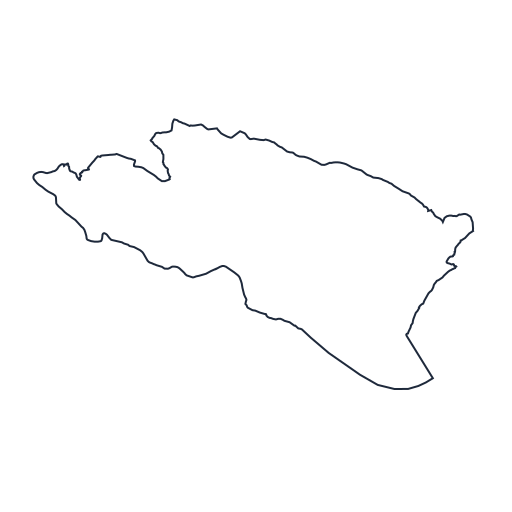 Tota, Boyacá, Colombia, rotated 87°
{"feature_id": "7082276B21893770290746", "entity_name": "Tota", "entity_type": "district", "adm_level": 2, "iso_a3": "COL", "parent_name": "Colombia", "parent_adm1": "Boyacá", "projection": "mercator", "projection_center": [-73.015, 5.476], "detail": "fine", "context": "isolated", "style": "outline", "palette": "slate", "viewbox_px": 512, "rotation_deg": 87, "n_neighbors": 0, "source": "geoboundaries", "source_scale": "gbopen_adm2", "svg_char_len": 6039}
<svg xmlns="http://www.w3.org/2000/svg" viewBox="0 0 512 512"><g transform="rotate(87 256 256)"><path d="M242.4,37.9L241.9,38.1L240.0,37.8L233.6,37.9L230.8,38.9L228.9,39.3L227.9,39.9L225.6,43.1L225.0,44.8L224.9,46.1L225.4,49.6L225.4,50.5L225.2,50.9L226.7,53.5L226.7,54.3L226.4,55.3L226.4,57.0L225.9,58.7L225.8,59.6L225.8,60.9L226.3,63.4L227.8,65.7L231.8,67.6L230.7,68.0L228.4,70.1L226.8,73.0L225.6,74.8L223.4,76.2L222.0,76.8L220.7,78.1L219.3,78.6L220.0,81.7L219.1,81.5L218.4,81.8L216.9,82.6L216.2,83.3L215.8,84.1L215.4,85.6L213.4,86.6L212.3,87.5L211.3,88.9L207.5,93.2L205.9,94.6L203.7,98.1L202.2,99.2L201.5,100.2L199.0,106.3L196.5,109.7L193.2,114.5L190.9,116.9L190.1,118.9L188.9,120.5L186.6,125.4L185.8,126.4L185.1,128.3L184.6,129.7L183.8,134.8L182.2,137.3L181.0,140.2L180.4,141.3L176.4,145.8L175.9,146.6L174.8,150.0L172.8,155.0L169.1,161.1L168.3,163.1L167.1,167.1L166.7,169.7L166.6,173.2L167.0,176.1L166.8,177.5L168.2,181.2L168.6,182.9L168.3,185.8L164.8,191.2L164.0,193.1L162.1,196.2L160.5,199.6L159.4,202.8L158.9,207.4L157.8,209.9L157.1,211.1L154.9,213.4L154.5,214.5L154.2,216.8L153.3,219.5L148.9,224.6L148.2,226.4L146.6,228.8L145.8,229.4L144.5,231.0L143.6,231.8L142.9,234.0L141.4,236.8L140.2,240.3L140.7,242.3L140.2,245.9L138.7,252.0L139.0,255.1L138.8,256.1L136.8,258.1L134.0,259.8L132.8,260.9L130.6,265.4L135.5,272.6L136.4,274.0L136.5,275.3L135.4,278.2L133.2,282.1L131.7,284.4L127.6,287.7L126.5,288.3L127.1,297.0L126.5,298.2L124.4,300.6L122.8,302.2L121.8,304.0L122.5,310.4L122.5,312.8L122.2,314.4L122.7,315.4L120.0,320.5L119.6,322.0L118.5,323.8L117.7,325.9L117.1,326.7L116.3,327.4L115.3,330.5L116.5,331.4L118.7,332.3L119.6,332.6L123.3,333.1L126.2,333.8L127.3,336.3L127.8,339.3L127.7,340.7L127.8,343.1L128.3,344.7L128.3,345.5L127.8,346.9L127.9,348.6L128.1,349.4L129.1,350.4L130.7,351.2L133.0,353.4L133.7,353.7L135.0,355.1L136.0,354.5L136.9,353.2L139.1,352.0L140.7,350.4L140.9,349.6L141.7,348.8L142.8,348.3L143.4,347.1L144.1,346.4L144.7,345.7L146.8,344.5L148.6,344.2L150.1,343.2L154.3,343.4L157.4,344.1L158.1,343.6L159.5,343.6L160.1,343.1L160.7,342.9L162.9,341.4L163.6,340.2L164.7,339.5L165.2,339.4L165.8,339.7L167.1,339.7L168.8,339.4L169.7,338.9L170.9,338.7L171.3,338.3L171.8,338.2L172.4,337.6L173.4,338.3L173.8,338.4L174.7,338.1L175.1,338.7L176.5,343.1L176.3,346.1L173.4,350.0L171.5,351.7L169.7,353.8L165.4,360.1L162.3,363.9L161.4,365.8L160.7,368.9L160.4,371.5L160.0,372.6L159.7,373.1L158.3,373.1L155.1,371.8L154.2,371.8L152.4,375.9L152.0,377.9L151.3,379.8L146.9,389.6L146.8,390.1L147.2,391.2L147.3,394.2L147.3,396.7L147.4,397.7L147.6,404.4L147.8,405.5L148.1,405.9L148.8,406.1L148.9,406.3L148.2,408.7L148.3,408.9L150.9,411.5L152.1,412.4L154.2,414.6L158.9,418.9L159.4,419.2L159.7,419.1L160.3,418.5L160.7,418.3L160.9,418.4L161.4,421.8L161.5,423.3L161.7,424.0L162.5,424.8L162.7,425.3L163.3,425.2L163.7,425.8L163.9,426.7L164.5,427.3L164.9,427.6L165.6,427.6L166.4,426.6L166.7,426.4L167.1,426.5L167.9,427.3L169.2,428.1L170.2,427.7L170.6,427.7L170.8,427.9L170.6,428.6L170.3,428.8L167.5,430.7L165.3,431.2L164.2,431.7L163.5,432.6L163.1,433.7L162.1,435.1L161.8,436.4L161.5,437.0L160.8,437.5L159.9,437.6L159.2,438.0L157.1,438.0L156.4,438.6L155.0,438.7L154.0,438.9L153.8,439.1L154.0,439.9L154.8,440.4L154.5,442.0L154.6,442.3L154.9,442.5L155.9,442.7L156.1,443.0L154.6,443.4L154.3,443.7L154.2,444.4L154.3,445.4L155.0,446.6L156.3,448.2L158.4,449.7L159.6,450.9L160.6,452.6L160.9,454.5L161.5,456.0L162.3,460.1L162.2,461.2L161.1,464.3L160.8,466.0L160.9,468.2L161.5,470.2L162.9,472.9L163.6,473.5L165.0,474.1L166.4,474.2L167.8,473.7L171.7,470.9L173.8,468.7L175.9,465.8L178.8,462.7L180.8,460.1L183.7,455.2L185.2,453.4L186.1,452.9L187.2,452.7L192.9,452.7L193.8,452.3L196.2,450.5L199.2,447.3L202.1,444.8L204.1,442.6L205.9,440.2L207.8,438.1L210.6,434.5L217.6,428.7L218.9,427.2L220.9,426.0L223.2,425.3L227.0,424.4L229.8,424.2L230.6,423.8L231.2,423.0L232.5,419.9L233.2,416.6L233.4,412.9L233.1,410.5L232.8,409.8L232.4,409.5L230.3,408.7L226.5,408.1L225.7,407.5L225.4,407.1L225.3,406.3L226.0,404.9L226.9,403.8L230.4,401.4L232.3,399.7L235.3,389.2L236.6,387.2L238.1,383.1L239.4,381.8L240.7,377.3L244.2,371.4L246.1,369.3L247.6,368.3L255.1,364.5L256.4,363.3L256.9,362.5L257.9,360.1L258.8,358.5L259.0,357.8L260.0,355.8L261.9,350.5L263.8,348.0L264.1,344.6L263.6,343.0L262.4,340.7L262.2,339.7L262.4,337.4L262.9,335.3L263.6,334.0L264.7,332.7L268.1,329.4L269.6,328.1L270.2,327.8L271.7,326.3L273.7,321.3L274.1,320.1L273.9,318.9L273.2,316.7L272.8,314.0L271.1,306.8L268.7,301.8L266.8,296.9L267.0,296.9L266.9,296.6L265.0,292.7L264.2,290.2L264.3,288.6L265.1,286.6L271.2,278.6L274.3,275.1L275.5,274.1L276.8,273.4L280.2,272.3L282.6,271.7L287.1,271.2L293.9,269.9L296.5,268.9L297.9,268.2L299.0,267.9L299.5,267.9L300.7,268.4L303.3,269.1L304.8,267.9L306.3,267.5L307.2,266.9L309.9,262.4L310.5,259.6L312.7,255.1L314.3,250.5L314.5,249.2L314.9,248.9L315.9,248.8L317.5,247.5L318.5,245.7L318.8,244.2L319.7,242.2L320.4,239.4L319.9,237.2L320.0,234.8L321.1,232.6L322.2,231.0L323.9,225.9L327.5,221.4L327.7,220.9L327.6,220.4L330.5,217.6L331.1,215.2L331.7,214.0L340.5,205.5L356.6,188.5L380.0,158.4L391.1,141.2L396.1,124.6L396.7,111.0L394.3,100.7L391.2,93.0L387.3,85.8L343.9,109.6L342.9,110.0L342.2,110.0L341.6,109.5L341.3,108.3L339.5,107.6L335.5,105.4L333.3,104.8L331.2,103.1L329.1,102.7L327.2,102.1L321.1,99.4L319.4,97.7L316.4,95.7L315.9,96.0L314.5,95.0L312.9,93.1L312.3,91.5L309.4,90.2L302.3,85.7L300.8,84.1L300.1,83.0L299.3,82.2L296.7,80.7L294.2,79.9L292.9,79.0L291.8,77.9L290.3,76.8L289.6,74.9L287.2,70.9L285.5,69.4L281.9,65.1L280.7,63.3L280.1,61.7L279.4,60.5L279.2,59.6L278.6,58.5L278.5,57.8L277.4,57.3L277.0,56.6L276.6,56.9L276.5,57.9L276.3,58.4L275.8,58.7L275.0,58.8L274.5,59.2L274.4,59.8L274.7,60.8L274.7,61.2L273.7,63.1L273.2,64.8L272.6,65.8L271.9,66.0L271.4,65.9L268.5,64.0L267.4,62.8L266.8,61.9L266.7,59.7L266.5,59.3L265.7,59.1L265.0,57.9L263.9,57.8L263.2,57.3L262.3,57.5L262.0,57.0L261.5,56.9L259.5,56.7L258.0,56.2L256.1,54.5L255.8,54.1L254.5,53.1L253.0,51.3L251.2,50.8L251.2,50.0L250.7,49.4L249.0,46.3L244.6,41.8L242.4,37.9Z" fill="none" stroke="#1e293b" stroke-width="2"/></g></svg>